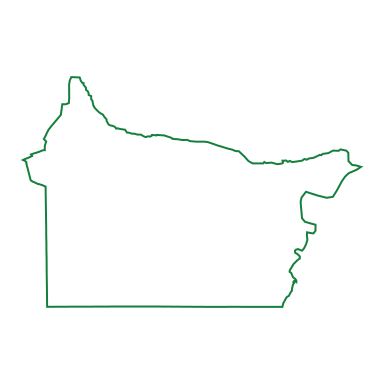 outline of Kombo East, West Coast, Gambia
{"feature_id": "56634734B25207283407562", "entity_name": "Kombo East", "entity_type": "district", "adm_level": 2, "iso_a3": "GMB", "parent_name": "Gambia", "parent_adm1": "West Coast", "projection": "albers", "projection_center": [-16.509, 13.25], "detail": "fine", "context": "isolated", "style": "outline", "palette": "green", "viewbox_px": 384, "rotation_deg": 0, "n_neighbors": 0, "source": "geoboundaries", "source_scale": "gbopen_adm2", "svg_char_len": 3292}
<svg xmlns="http://www.w3.org/2000/svg" viewBox="0 0 384 384"><path d="M361.0,166.9L356.1,165.4L354.2,165.2L352.2,165.0L348.5,161.1L348.3,152.7L346.2,150.6L343.2,150.0L340.6,149.4L338.6,150.8L332.9,150.6L328.4,153.1L322.7,153.9L321.3,155.2L320.0,154.8L313.6,157.8L308.8,158.5L306.8,159.7L304.3,159.0L302.3,160.6L297.9,161.3L292.3,162.1L289.8,160.9L287.9,161.9L286.1,160.5L283.6,160.7L282.5,160.7L283.0,162.8L282.0,163.5L277.3,164.2L271.6,162.6L266.1,163.1L264.3,162.0L263.2,163.4L252.7,163.4L250.9,162.5L248.4,161.0L244.5,156.6L238.8,151.2L235.7,151.1L231.8,149.5L228.6,148.8L216.1,145.0L215.7,144.8L213.8,144.1L207.9,142.1L204.7,141.7L196.3,141.7L194.5,141.5L189.9,141.1L187.4,139.9L184.3,140.0L182.4,140.0L176.7,139.1L174.9,139.1L172.2,138.7L171.7,138.0L169.9,137.3L163.8,135.3L161.9,135.3L159.4,135.1L156.7,134.9L156.5,135.4L154.6,135.2L153.0,135.0L151.8,135.0L151.6,135.9L150.0,136.6L149.6,136.4L147.7,136.4L145.7,137.1L143.4,136.2L141.4,134.8L140.2,134.6L139.3,134.6L138.5,134.6L137.5,134.6L134.5,133.7L132.0,133.7L128.6,132.6L127.7,132.6L127.0,132.6L126.1,131.3L125.0,129.7L120.2,129.0L117.5,128.3L116.1,128.6L115.4,127.4L114.3,126.5L112.7,125.9L111.5,125.6L110.9,125.5L109.7,125.2L108.6,124.5L106.7,121.1L106.5,119.3L104.4,117.0L103.0,114.7L101.0,113.6L99.2,112.4L97.6,110.9L95.1,108.3L93.9,106.6L94.0,106.4L93.3,105.3L92.4,100.7L91.2,99.3L91.2,96.1L88.7,95.0L88.5,92.7L87.6,91.1L86.0,89.8L85.9,87.7L83.4,84.5L83.6,83.1L82.1,82.7L80.7,80.6L79.7,77.4L78.3,77.4L71.3,77.1L69.8,80.5L69.4,82.9L69.1,84.6L69.2,97.2L69.2,98.3L68.8,103.1L65.6,104.3L62.3,104.2L60.8,114.9L60.7,115.1L50.7,126.9L49.6,128.4L48.5,129.7L47.6,131.6L47.0,132.7L45.9,135.1L43.9,139.1L46.2,141.5L45.2,144.6L45.1,144.9L44.9,145.6L44.8,146.4L44.8,146.9L44.8,147.6L44.8,148.5L44.8,150.2L43.8,150.1L41.7,150.7L39.4,151.7L38.2,152.1L35.9,152.9L35.3,153.0L31.0,154.4L32.1,156.0L28.3,157.8L25.9,158.7L24.6,159.2L23.0,160.0L25.5,161.2L26.3,162.1L26.5,163.2L26.3,163.3L27.3,167.4L27.5,167.8L28.6,172.2L29.2,174.4L30.1,178.2L30.6,180.0L30.9,180.5L31.6,180.8L32.2,181.3L32.7,181.6L33.2,181.8L34.9,182.5L36.2,183.2L36.8,183.4L37.1,183.6L38.0,184.0L38.7,184.1L39.5,184.2L40.3,184.6L40.6,184.7L41.3,184.8L42.3,185.1L44.5,186.2L45.6,186.5L45.9,208.7L46.1,220.7L46.1,222.1L46.2,228.0L46.2,234.1L46.4,243.0L46.4,249.2L46.6,258.3L46.7,272.8L46.8,279.9L46.9,285.5L47.0,295.5L47.1,306.2L47.1,306.8L68.5,306.7L82.0,306.7L99.6,306.6L129.5,306.5L138.5,306.5L152.0,306.5L180.3,306.7L197.9,306.8L214.5,306.9L232.7,306.8L257.7,306.9L282.4,306.9L283.2,303.4L284.8,300.5L286.6,297.2L288.9,295.8L290.7,292.2L291.5,291.3L291.8,291.0L291.8,290.8L292.2,288.0L292.9,284.6L294.0,283.2L293.3,282.1L294.2,280.9L296.3,282.1L296.3,281.7L296.3,280.4L294.9,278.6L293.1,277.3L292.4,275.9L291.2,272.9L289.6,271.8L289.8,270.2L291.4,267.7L292.0,266.7L293.4,264.2L297.3,260.3L299.8,258.5L299.8,256.4L297.5,254.1L295.2,252.8L295.0,250.7L296.1,249.6L298.1,249.1L302.0,250.7L304.0,248.4L306.1,244.2L307.4,239.9L306.9,235.5L307.1,232.3L310.3,233.0L313.5,233.4L315.5,230.7L315.5,227.5L315.5,224.7L311.2,223.6L305.0,221.8L302.0,218.2L301.6,213.4L301.1,207.9L300.6,201.9L301.5,197.6L306.0,191.8L310.0,193.1L317.5,195.5L326.8,197.8L332.9,196.8L336.8,190.6L341.9,181.2L345.1,176.6L348.7,173.2L356.7,169.7L361.0,166.9Z" fill="none" stroke="#15803d" stroke-width="2"/></svg>